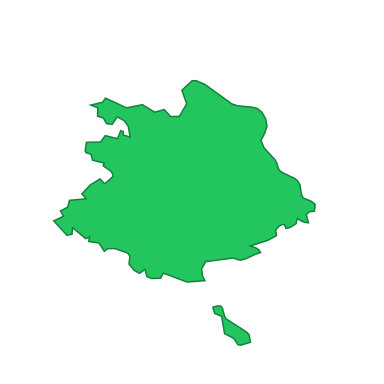 an SVG outline of Limburg, rotated 34°
{"feature_id": "BEL-3", "entity_name": "Limburg", "entity_type": "Province", "adm_level": 1, "iso_a3": "BEL", "parent_name": "Belgium", "parent_adm1": "", "projection": "robinson", "projection_center": [5.471, 50.993], "detail": "fine", "context": "isolated", "style": "filled", "palette": "green", "viewbox_px": 384, "rotation_deg": 34, "n_neighbors": 0, "source": "natural_earth", "source_scale": "10m", "svg_char_len": 1889}
<svg xmlns="http://www.w3.org/2000/svg" viewBox="0 0 384 384"><g transform="rotate(34 192 192)"><path d="M222.0,111.8L226.8,115.0L242.9,118.9L246.8,121.0L249.5,123.5L252.6,125.3L257.5,125.2L269.4,123.3L273.0,123.6L277.7,125.8L283.6,132.3L287.4,134.8L296.1,133.0L301.0,133.3L303.5,137.9L304.2,139.6L300.3,142.8L299.4,146.9L305.8,152.4L303.2,153.7L300.3,154.7L297.3,155.0L294.2,154.8L294.9,157.4L295.3,158.5L296.1,159.9L294.0,164.8L292.5,167.4L290.3,169.7L287.0,167.4L284.7,168.6L283.2,172.0L282.6,176.8L286.4,180.9L281.9,189.7L270.7,203.9L277.1,202.5L279.8,202.6L282.6,203.9L279.3,208.3L274.4,216.6L270.8,221.0L269.4,221.9L266.1,222.8L262.8,223.9L242.3,242.1L242.9,250.1L247.5,255.6L252.3,258.3L238.3,269.4L213.6,275.3L214.2,281.1L206.5,286.5L201.9,287.3L196.3,282.5L194.0,288.8L187.7,289.3L180.0,287.0L176.5,279.9L172.6,278.6L159.5,282.1L153.8,286.2L152.4,290.2L143.3,286.3L134.1,290.8L132.1,286.7L130.0,290.1L113.0,288.4L116.2,294.2L112.5,297.8L93.5,293.3L99.1,283.9L93.5,281.3L97.4,274.0L95.1,267.4L108.0,256.8L101.7,255.1L103.7,243.0L108.5,232.5L114.1,234.0L115.4,232.8L117.9,222.9L113.8,220.1L103.8,220.0L102.8,217.1L91.8,221.3L87.0,217.1L82.3,218.7L80.4,217.6L76.7,209.8L88.2,201.7L88.5,193.8L100.4,189.4L98.6,181.0L101.4,180.4L102.8,183.3L110.0,181.0L102.3,173.1L96.0,170.8L88.0,171.6L88.0,180.6L83.0,183.1L77.1,180.2L71.4,182.0L66.8,174.9L59.5,176.5L67.8,167.4L67.8,162.5L90.6,158.9L102.1,147.3L116.4,146.7L122.9,139.2L132.1,141.4L139.2,136.4L138.3,121.9L126.7,113.3L129.9,99.6L133.3,97.4L142.2,95.6L175.8,96.7L181.7,95.0L193.7,88.4L199.3,86.2L205.4,86.8L212.1,90.1L217.4,95.5L219.4,102.5L220.3,110.6L222.0,111.8ZM279.4,270.5L282.3,271.4L288.1,276.5L291.0,278.1L315.8,277.6L319.1,278.4L324.5,283.9L317.8,292.0L315.3,292.9L308.5,290.0L298.2,291.2L286.1,278.5L278.8,280.0L274.5,276.6L273.8,275.7L276.9,272.1L279.4,270.5Z" fill="#22c55e" stroke="#15803d" stroke-width="1.5"/></g></svg>